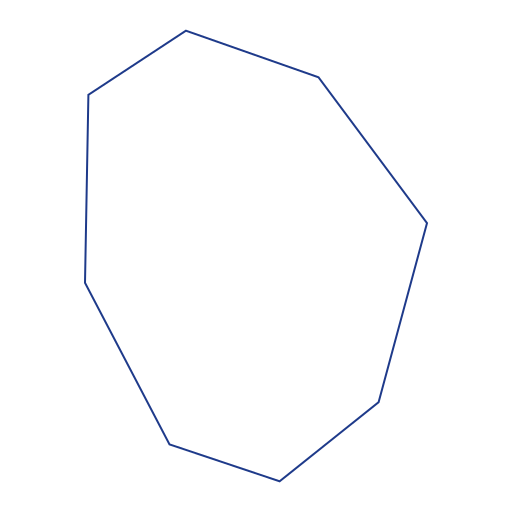 SVG path tracing the border of Mauke
{"feature_id": "COK-4955", "entity_name": "Mauke", "entity_type": "state/province", "adm_level": 1, "iso_a3": "COK", "parent_name": "Cook Islands", "parent_adm1": "", "projection": "robinson", "projection_center": [-157.33, -20.158], "detail": "fine", "context": "isolated", "style": "outline", "palette": "blue", "viewbox_px": 512, "rotation_deg": 0, "n_neighbors": 0, "source": "natural_earth", "source_scale": "10m", "svg_char_len": 230}
<svg xmlns="http://www.w3.org/2000/svg" viewBox="0 0 512 512"><path d="M427.0,223.1L378.6,402.2L279.6,481.3L169.5,444.4L85.0,282.8L88.4,94.8L185.9,30.7L318.5,77.3L427.0,223.1Z" fill="none" stroke="#1e3a8a" stroke-width="2"/></svg>